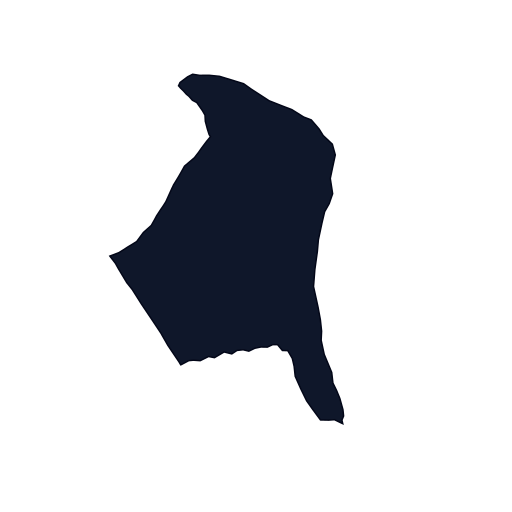 the district of Xylofagou, Cyprus, rotated 238°
{"feature_id": "46923920B54731060528278", "entity_name": "Xylofagou", "entity_type": "district", "adm_level": 2, "iso_a3": "CYP", "parent_name": "Cyprus", "parent_adm1": "", "projection": "mercator", "projection_center": [33.851, 34.975], "detail": "fine", "context": "isolated", "style": "filled", "palette": "ink", "viewbox_px": 512, "rotation_deg": 238, "n_neighbors": 0, "source": "geoboundaries", "source_scale": "gbopen_adm2", "svg_char_len": 1733}
<svg xmlns="http://www.w3.org/2000/svg" viewBox="0 0 512 512"><g transform="rotate(238 256 256)"><path d="M333.3,132.0L324.4,132.9L318.3,132.6L301.8,132.3L293.2,133.3L276.0,133.4L257.6,134.0L240.1,134.5L239.6,134.4L226.8,133.9L206.9,134.6L203.6,134.5L203.5,134.9L202.9,143.5L200.8,147.7L196.8,153.2L195.9,162.5L191.8,166.9L191.5,178.1L185.8,183.6L186.0,189.8L183.3,195.4L179.1,199.5L178.4,206.1L176.2,212.0L172.7,217.4L172.0,223.1L169.4,227.3L161.9,228.3L158.9,232.8L149.9,232.5L142.3,229.9L133.2,225.5L119.7,223.6L106.4,222.2L95.9,222.8L82.8,223.8L78.3,230.7L75.6,235.8L67.8,240.7L71.3,241.9L73.9,245.5L79.6,248.3L90.7,251.6L99.5,253.1L107.5,253.9L117.1,258.5L136.4,261.7L150.0,266.6L157.5,271.8L167.8,276.8L179.7,281.5L199.6,288.6L213.4,298.8L227.4,310.5L236.7,317.5L249.3,329.7L257.2,337.7L261.6,345.8L268.2,354.0L282.4,360.1L289.9,367.3L299.7,376.8L310.4,380.0L322.6,376.8L330.3,376.8L342.1,375.0L348.6,370.1L361.1,364.0L370.4,357.0L380.7,349.4L390.2,345.0L399.8,340.5L408.7,336.8L416.2,330.3L427.7,320.3L434.2,311.9L439.1,303.9L443.7,298.6L444.2,292.9L443.4,283.5L441.4,280.5L441.1,280.6L438.4,281.0L434.3,282.0L432.5,282.3L430.1,282.7L427.2,283.7L421.8,284.6L417.5,287.1L407.5,287.6L402.5,287.4L397.1,284.4L389.3,282.0L383.8,280.6L381.3,280.6L379.7,275.7L379.3,274.6L378.5,272.5L378.0,271.2L376.3,266.8L375.3,264.5L374.1,261.6L373.6,260.2L372.0,255.9L370.1,243.0L366.6,236.7L364.0,231.8L360.5,224.8L360.0,223.8L359.9,223.6L358.8,222.0L358.1,220.8L349.9,208.5L349.4,207.5L347.4,203.3L345.9,199.8L342.7,192.9L340.5,189.1L337.4,183.4L335.9,174.6L335.7,173.4L335.6,172.9L331.5,162.5L331.5,157.0L331.6,152.2L331.5,147.0L331.5,141.6L332.5,136.4L333.4,132.0L333.3,132.0Z" fill="#0f172a" stroke="#020617" stroke-width="1.5"/></g></svg>